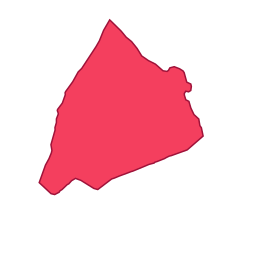 the district of Atescatempa, Jutiapa, Guatemala, rotated 24°
{"feature_id": "79465075B46496054688907", "entity_name": "Atescatempa", "entity_type": "district", "adm_level": 2, "iso_a3": "GTM", "parent_name": "Guatemala", "parent_adm1": "Jutiapa", "projection": "natural_earth1", "projection_center": [-89.726, 14.171], "detail": "fine", "context": "isolated", "style": "filled", "palette": "rose", "viewbox_px": 256, "rotation_deg": 24, "n_neighbors": 0, "source": "geoboundaries", "source_scale": "gbopen_adm2", "svg_char_len": 1113}
<svg xmlns="http://www.w3.org/2000/svg" viewBox="0 0 256 256"><g transform="rotate(24 128 128)"><path d="M67.3,36.7L66.0,48.7L66.4,60.0L65.7,66.7L61.5,92.4L59.7,97.0L58.7,108.2L56.2,120.1L56.2,121.4L57.2,123.2L57.9,131.9L56.1,139.7L56.4,141.0L57.1,141.6L57.9,142.5L58.6,143.5L58.9,148.8L60.4,152.2L61.1,157.3L62.2,159.5L64.4,174.6L67.6,179.4L68.1,181.9L68.3,188.0L67.7,195.4L69.1,214.0L84.4,219.3L88.1,218.6L91.2,214.7L91.4,213.1L92.8,211.0L95.5,204.4L96.6,203.1L97.9,199.1L100.5,195.4L106.3,195.0L121.4,197.1L125.4,196.5L133.8,181.2L135.9,179.3L139.7,175.3L149.0,166.2L149.8,165.6L162.0,152.7L166.1,149.4L166.5,148.3L168.2,146.8L173.9,141.0L174.7,139.8L177.1,136.9L178.7,135.7L191.0,123.9L199.9,104.8L194.9,97.9L192.7,96.6L189.0,91.0L182.8,88.9L177.3,84.2L172.8,78.9L169.3,78.7L166.1,75.0L165.4,73.5L165.8,70.9L168.7,70.3L170.1,68.2L169.0,64.3L167.5,62.3L163.0,62.2L156.8,54.6L155.1,53.5L151.0,52.9L145.3,53.2L141.8,56.0L141.5,58.9L140.7,60.4L136.7,61.5L127.1,58.5L119.1,58.1L111.2,56.6L103.9,51.6L96.1,47.6L89.4,45.8L82.4,42.3L68.5,37.1L67.3,36.7Z" fill="#f43f5e" stroke="#9f1239" stroke-width="1.5"/></g></svg>